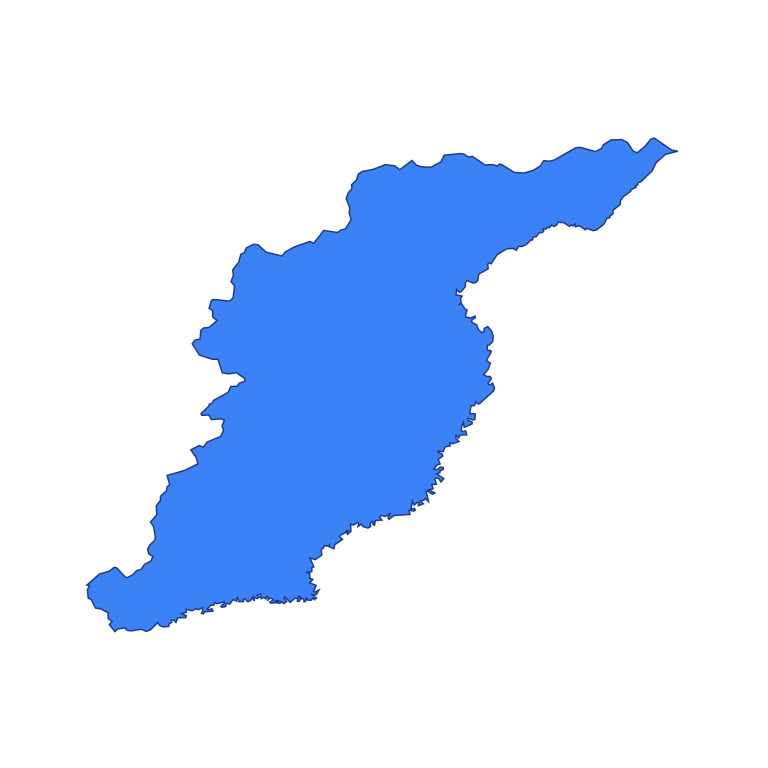 the district of Rioja, San Martín, Peru, rotated 84°
{"feature_id": "86281439B49407103225288", "entity_name": "Rioja", "entity_type": "district", "adm_level": 2, "iso_a3": "PER", "parent_name": "Peru", "parent_adm1": "San Martín", "projection": "robinson", "projection_center": [-77.409, -5.821], "detail": "fine", "context": "isolated", "style": "filled", "palette": "blue", "viewbox_px": 768, "rotation_deg": 84, "n_neighbors": 0, "source": "geoboundaries", "source_scale": "gbopen_adm2", "svg_char_len": 6162}
<svg xmlns="http://www.w3.org/2000/svg" viewBox="0 0 768 768"><g transform="rotate(84 384 384)"><path d="M231.4,499.0L234.3,506.7L238.7,509.1L240.1,512.9L247.8,515.8L254.6,522.5L260.2,522.4L266.2,525.4L270.7,522.3L282.6,525.1L285.5,528.9L282.4,543.0L282.2,545.7L283.5,547.2L290.4,550.0L293.1,546.8L299.5,547.4L303.5,543.3L309.5,552.0L309.4,557.3L311.6,560.6L320.1,562.2L320.6,567.3L323.9,570.5L335.9,564.6L341.5,552.0L342.0,546.6L356.0,543.6L357.7,537.2L357.3,529.6L364.2,521.7L366.8,522.2L368.1,528.0L370.9,530.1L370.5,536.7L376.0,539.8L382.5,555.3L385.0,556.7L385.8,559.9L387.7,560.4L394.4,569.1L396.1,568.5L396.5,561.5L401.3,559.4L401.6,550.1L403.1,546.5L409.1,549.5L413.0,548.3L419.1,551.9L423.3,566.0L428.0,570.3L425.9,574.3L429.3,583.0L437.4,578.5L444.0,577.5L449.0,590.8L452.3,609.3L461.7,607.6L463.4,610.3L467.4,611.5L472.2,617.9L476.6,618.7L481.3,623.2L490.4,623.7L496.8,630.6L501.9,628.0L512.0,627.4L515.3,628.1L519.6,633.7L523.7,636.4L528.3,635.7L531.4,631.8L535.6,634.2L538.5,641.2L542.9,644.9L543.8,649.6L547.5,653.8L549.7,659.4L549.4,661.1L538.7,669.3L538.2,671.6L541.5,676.8L543.3,687.0L552.9,700.5L553.7,697.9L557.8,700.5L566.1,700.5L567.7,697.7L576.7,694.3L578.1,689.0L582.7,682.3L588.4,682.9L591.5,679.3L594.7,682.2L602.1,677.5L599.8,674.4L599.4,667.1L602.2,665.2L603.1,660.7L602.5,651.1L605.2,646.2L604.0,641.9L597.6,633.8L600.4,632.7L602.4,629.1L602.7,623.5L600.0,622.8L598.9,620.0L596.6,620.2L596.7,617.8L599.4,615.9L594.8,613.4L595.7,605.7L593.8,604.8L591.1,609.4L590.4,604.6L587.3,604.4L589.5,598.4L588.0,594.9L589.0,591.7L587.6,588.3L590.5,587.8L593.0,589.6L593.7,587.7L591.7,585.8L592.0,577.9L589.6,578.6L590.1,582.4L589.2,583.3L585.9,579.3L586.1,576.3L583.5,575.6L585.1,573.2L583.9,565.6L585.1,565.6L588.0,569.5L589.1,568.5L588.8,564.8L585.7,564.0L586.7,560.3L582.7,556.7L584.6,553.1L581.7,553.1L580.9,551.8L585.3,550.9L585.6,546.3L583.4,546.4L583.0,545.0L586.3,542.1L585.3,539.2L582.9,537.5L586.3,535.4L582.1,535.8L584.2,532.7L582.9,530.1L580.7,532.2L579.9,528.6L584.6,528.6L583.8,525.7L585.4,524.0L582.9,522.4L584.7,521.2L587.4,522.5L585.0,520.2L586.1,517.1L587.4,517.0L588.9,520.2L590.1,519.5L590.2,514.3L588.5,514.9L587.8,513.3L589.0,510.7L589.4,513.2L590.5,512.9L591.3,510.9L590.2,508.4L591.9,506.5L590.2,503.6L586.6,505.9L585.4,504.8L591.4,500.1L587.6,494.8L588.4,492.2L590.8,492.9L591.4,491.4L589.1,489.0L586.9,491.4L586.0,490.7L590.1,486.3L592.4,486.2L591.6,484.3L588.9,483.8L591.0,482.3L591.5,479.2L589.5,477.1L591.3,475.6L589.8,474.5L590.3,473.1L586.0,477.4L586.5,473.4L582.2,470.3L583.8,474.4L582.9,475.8L577.2,472.5L574.1,478.6L570.8,475.2L569.6,478.1L564.5,477.7L563.1,481.2L563.1,475.4L559.0,475.0L558.6,472.9L549.2,475.8L551.5,470.8L547.6,463.7L542.2,463.8L540.6,461.2L538.4,460.4L539.3,457.6L538.3,454.9L540.1,455.6L542.6,451.0L538.7,449.8L534.2,441.5L531.0,444.2L529.9,443.5L527.6,437.7L525.8,436.4L526.3,434.8L528.0,436.7L529.6,435.9L527.0,432.3L519.8,431.9L521.0,429.3L519.0,424.7L520.3,423.7L522.9,424.7L520.9,421.3L523.7,419.6L525.6,415.0L524.3,412.2L521.5,412.4L519.8,410.9L519.8,409.3L522.4,409.8L523.4,408.2L518.8,406.8L519.1,400.3L516.1,402.3L514.3,400.6L515.8,396.6L513.1,390.8L517.0,394.0L519.1,393.4L515.8,387.7L516.4,371.8L512.3,372.4L513.5,367.4L512.5,365.9L510.9,366.7L511.3,370.3L503.5,367.8L507.6,366.6L505.1,363.3L505.4,361.9L508.6,362.5L507.3,357.3L504.2,360.2L503.7,356.5L502.2,355.0L505.6,352.0L495.6,353.3L495.0,351.8L498.7,347.4L497.6,344.8L493.8,350.7L493.4,346.1L488.8,347.0L489.2,342.3L483.9,343.6L482.9,341.9L483.7,339.4L487.4,337.6L484.4,334.4L478.9,341.0L478.2,337.8L476.2,337.3L475.1,334.0L473.4,333.8L472.5,336.4L474.8,340.3L473.7,343.3L470.2,340.0L469.3,336.6L464.6,338.0L461.7,333.0L459.4,333.8L457.9,337.2L456.4,337.5L457.4,332.2L452.8,329.7L452.5,324.7L449.5,324.8L450.6,322.2L449.1,315.4L445.3,318.3L442.7,317.8L445.5,315.4L442.8,313.7L443.2,307.1L439.0,307.8L439.7,310.5L438.7,311.9L434.4,311.3L430.4,309.1L435.5,308.7L432.9,300.6L431.2,300.3L428.9,304.4L426.9,304.1L429.1,299.0L428.7,297.4L423.3,296.3L422.3,301.9L415.0,299.8L414.8,296.3L411.3,294.4L413.6,292.9L413.6,291.2L402.3,275.7L399.8,274.6L394.6,275.8L395.9,278.8L394.4,280.6L389.8,276.6L387.5,277.8L387.4,280.8L385.0,284.0L380.6,279.1L374.4,276.0L371.4,279.8L363.0,273.9L361.7,274.6L361.6,277.2L359.9,277.9L356.0,276.7L356.1,275.0L353.4,271.6L348.0,270.4L342.5,271.6L337.7,274.8L339.1,278.4L342.4,279.2L343.1,281.4L339.8,284.4L335.0,285.6L331.6,290.5L329.2,289.6L327.7,286.2L326.0,286.4L327.4,290.9L326.1,295.4L323.8,295.7L319.2,293.6L317.6,295.8L312.2,298.5L313.1,301.4L311.3,298.9L306.6,298.9L304.8,297.1L302.7,303.1L297.6,301.8L300.7,299.4L300.1,297.5L295.6,292.9L292.2,292.6L289.7,290.6L292.9,285.0L292.6,281.8L290.6,279.8L284.6,278.3L280.4,268.4L275.7,268.3L274.4,266.5L275.7,265.0L267.2,258.0L262.5,248.0L262.5,242.1L264.7,238.3L261.2,235.7L261.7,232.3L260.0,227.7L256.2,223.0L256.3,221.3L253.6,220.3L253.4,217.3L249.7,213.6L249.9,210.6L248.7,209.2L246.2,209.5L247.0,206.7L244.9,205.2L245.9,203.5L243.6,200.7L245.1,198.2L244.0,195.7L241.2,193.9L242.4,188.3L246.6,183.1L245.4,180.6L246.6,179.3L244.9,177.2L247.6,177.2L247.0,173.1L251.7,167.7L250.4,165.9L253.4,159.8L252.8,156.2L247.9,148.5L242.4,144.9L242.2,142.2L240.3,141.4L238.8,138.5L235.3,138.2L230.2,130.4L226.1,129.5L222.9,126.7L218.0,118.4L216.5,118.1L214.8,112.9L213.4,113.4L212.8,111.3L210.5,110.4L209.5,107.2L200.3,95.3L192.1,90.0L185.0,80.1L183.2,67.5L181.4,73.5L167.7,89.5L168.4,93.1L174.7,99.3L180.5,108.0L178.4,111.9L169.3,116.6L165.8,122.0L165.0,132.7L169.0,140.8L172.4,142.9L175.0,149.5L169.3,163.6L169.1,168.6L179.0,191.1L179.8,196.3L178.6,201.8L183.5,205.7L187.0,212.9L188.9,222.5L187.2,232.3L178.0,244.1L177.4,246.2L179.1,248.3L177.1,253.3L176.8,260.6L166.8,272.4L167.2,276.2L163.7,280.6L162.8,284.1L162.8,300.2L169.0,304.2L173.4,314.8L171.8,324.4L169.7,329.0L164.6,332.8L172.6,345.9L168.2,350.4L166.0,359.5L169.6,373.2L170.4,383.6L172.5,387.6L178.6,390.2L182.4,395.4L186.2,395.4L190.1,399.5L195.7,402.2L205.3,399.6L210.4,400.8L217.0,399.4L226.0,406.4L226.3,410.6L228.5,414.2L225.0,428.0L236.8,439.2L234.5,442.7L238.3,458.7L242.1,467.9L246.0,472.2L240.6,487.4L232.4,494.7L231.4,499.0Z" fill="#3b82f6" stroke="#1e3a8a" stroke-width="1.5"/></g></svg>